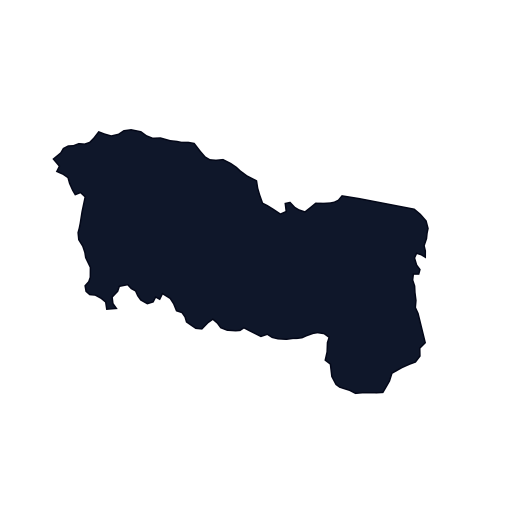 outline of Guamiranga, Paraná, Brazil, rotated 338°
{"feature_id": "56859067B35247674818537", "entity_name": "Guamiranga", "entity_type": "district", "adm_level": 2, "iso_a3": "BRA", "parent_name": "Brazil", "parent_adm1": "Paraná", "projection": "orthographic", "projection_center": [-50.848, -25.173], "detail": "fine", "context": "isolated", "style": "filled", "palette": "ink", "viewbox_px": 512, "rotation_deg": 338, "n_neighbors": 0, "source": "geoboundaries", "source_scale": "gbopen_adm2", "svg_char_len": 2227}
<svg xmlns="http://www.w3.org/2000/svg" viewBox="0 0 512 512"><g transform="rotate(338 256 256)"><path d="M358.3,232.5L353.3,235.2L348.8,235.5L344.6,234.7L338.7,232.7L331.1,229.5L325.4,231.3L317.9,233.5L312.9,229.2L310.1,225.5L307.6,219.1L302.8,218.3L300.7,226.1L294.3,226.3L289.4,219.1L285.3,213.5L281.8,209.5L282.2,200.6L282.9,193.8L284.6,186.5L277.5,178.3L273.1,171.1L271.0,166.5L267.2,160.8L261.5,154.3L254.7,152.3L249.2,149.5L245.9,145.2L243.5,138.2L240.8,128.5L235.9,125.4L229.3,122.7L225.6,120.2L219.6,117.0L211.6,110.8L204.3,108.2L199.3,103.4L195.8,97.7L187.5,92.2L180.4,90.4L174.2,91.7L166.7,90.5L161.2,86.2L156.7,82.0L149.9,86.0L144.4,88.4L139.0,88.1L133.8,85.5L128.1,85.4L123.1,83.7L117.7,84.2L113.7,87.3L104.5,90.2L107.4,99.1L103.0,103.0L107.8,107.9L111.1,112.9L110.4,118.9L110.7,126.5L111.4,131.4L117.1,131.4L119.8,137.2L111.4,149.7L105.3,159.9L102.6,164.0L99.8,167.7L97.8,174.5L99.1,182.0L98.7,188.6L97.5,193.7L98.2,204.5L94.4,213.7L91.3,217.2L86.4,219.6L85.2,225.1L87.4,229.5L92.3,232.0L96.6,237.2L99.4,242.4L97.7,249.4L106.9,252.3L105.5,246.5L107.2,240.2L114.5,236.9L117.9,232.9L126.3,234.5L128.2,239.5L131.3,243.3L131.5,248.6L132.7,253.6L137.4,259.5L143.4,260.0L147.6,256.4L150.5,260.0L155.2,255.8L160.6,263.2L161.8,269.5L161.8,277.0L166.2,280.7L167.4,285.9L166.9,291.1L170.3,296.3L173.1,300.5L178.5,303.3L186.4,299.8L192.3,298.4L195.1,303.8L196.5,309.3L201.5,314.0L209.2,317.7L213.3,319.0L217.9,318.0L221.8,322.6L226.2,327.6L230.4,332.4L237.2,332.8L240.5,337.5L245.4,341.0L253.0,344.6L259.3,346.2L263.4,347.8L268.1,349.0L272.8,348.8L280.0,349.1L284.4,350.1L290.1,353.5L293.4,358.8L289.8,363.1L286.0,371.6L281.2,378.5L284.5,384.1L281.2,396.1L282.1,405.1L284.6,409.1L292.5,415.6L296.8,420.6L303.4,422.6L308.3,424.6L316.9,428.1L322.5,430.0L327.7,426.0L332.9,421.9L338.1,415.6L344.2,414.8L349.5,414.1L357.5,413.8L364.1,414.0L370.5,410.2L373.3,402.8L380.4,399.8L384.7,370.0L384.4,363.5L387.6,357.2L389.7,349.3L391.8,343.3L392.2,337.0L395.1,331.7L400.1,333.7L402.9,330.0L401.5,324.6L402.2,317.2L405.9,313.6L409.7,316.7L412.5,320.5L414.9,314.7L415.7,309.4L420.6,303.7L423.2,298.8L425.8,294.9L426.8,287.2L423.9,278.9L420.2,271.9L373.2,241.5L358.3,232.5Z" fill="#0f172a" stroke="#020617" stroke-width="1.5"/></g></svg>